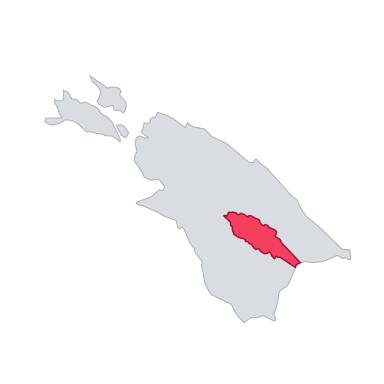 where Jõgeva sits in Estonia, rotated 40°
{"feature_id": "EST-1657", "entity_name": "Jõgeva", "entity_type": "County", "adm_level": 1, "iso_a3": "EST", "parent_name": "Estonia", "parent_adm1": "", "projection": "equal_earth", "projection_center": [26.423, 58.721], "detail": "fine", "context": "in_parent", "style": "filled", "palette": "rose", "viewbox_px": 384, "rotation_deg": 40, "n_neighbors": 0, "source": "natural_earth", "source_scale": "10m", "svg_char_len": 4307}
<svg xmlns="http://www.w3.org/2000/svg" viewBox="0 0 384 384"><g transform="rotate(40 192 192)"><path d="M316.1,258.4L314.8,258.5L307.4,257.7L299.2,255.1L295.7,253.2L292.2,253.2L288.0,254.5L272.8,258.2L269.1,257.3L260.4,253.7L256.0,249.7L246.3,241.9L245.5,240.0L244.2,238.5L233.8,236.6L230.0,233.7L226.8,233.3L222.1,231.8L210.0,225.7L207.0,225.1L206.3,226.2L206.5,227.6L205.7,228.4L204.1,228.4L201.3,226.2L198.0,224.2L187.4,227.9L183.6,228.9L180.3,229.1L163.5,234.1L158.4,236.7L156.3,236.4L156.9,234.0L164.0,221.5L165.4,211.6L167.9,210.2L168.7,208.9L167.7,205.7L160.5,203.7L157.6,204.0L155.0,207.4L152.2,209.8L145.8,211.3L140.4,208.7L127.7,205.3L124.6,200.7L123.9,196.2L117.3,191.7L114.6,186.5L115.8,182.9L122.0,180.5L123.8,178.5L116.1,178.8L114.5,178.3L114.2,176.4L111.0,170.1L114.1,167.6L115.4,165.2L113.0,163.1L113.7,160.8L115.7,158.4L114.7,152.9L122.3,150.0L129.8,148.0L145.4,147.0L144.0,142.0L150.3,141.7L161.0,135.7L171.6,136.8L186.9,132.7L216.2,132.7L220.2,130.4L219.6,128.0L219.7,125.5L225.2,126.2L234.4,125.7L269.0,130.7L277.5,130.7L289.3,135.8L295.6,137.1L314.4,137.1L343.3,139.4L348.9,135.9L349.4,135.0L352.2,136.9L355.8,140.1L356.7,141.8L355.6,142.9L352.1,143.8L351.3,144.7L349.8,146.3L345.7,146.6L343.6,147.8L341.2,153.1L336.5,161.9L329.5,168.6L323.9,172.2L321.4,175.1L319.8,178.5L319.5,181.9L325.1,200.6L325.0,204.0L323.8,207.5L322.9,211.1L323.7,214.1L327.3,219.4L331.3,227.3L332.8,232.4L335.4,234.2L337.9,235.6L338.4,236.4L338.3,237.3L337.1,238.3L326.0,241.0L324.6,243.2L323.4,245.8L318.6,249.5L317.1,253.0L316.2,256.9L316.1,258.4ZM67.9,188.9L71.6,190.4L75.0,189.9L78.5,188.9L86.0,189.9L103.0,197.6L104.6,199.6L94.3,200.6L91.9,202.9L89.4,204.6L86.4,205.1L81.4,208.4L74.6,211.6L73.1,213.6L60.9,213.2L54.2,214.4L48.7,218.0L46.3,224.9L42.2,230.3L38.1,232.3L33.9,232.6L33.0,230.5L33.5,228.5L42.5,220.9L44.4,218.4L40.1,217.3L36.5,214.6L28.6,211.5L27.3,209.1L29.2,208.9L31.0,208.2L33.2,206.1L34.3,203.7L28.1,196.7L31.4,195.6L35.5,195.9L39.6,197.9L44.2,195.5L46.2,195.2L49.3,196.0L52.7,191.4L60.4,189.9L64.2,188.5L67.9,188.9ZM84.3,176.0L79.9,179.1L77.4,177.8L76.1,176.3L70.4,183.4L64.1,184.6L60.5,183.2L60.9,180.6L57.6,173.7L52.3,171.7L44.7,171.5L39.3,168.7L60.5,166.7L62.8,163.5L67.2,160.1L70.5,159.7L73.2,160.5L73.7,163.1L74.3,164.2L83.9,165.7L87.5,170.1L88.8,175.5L84.3,176.0ZM105.8,193.3L101.4,194.0L91.2,189.5L93.7,186.5L96.7,185.3L105.4,187.2L106.5,191.8L105.8,193.3Z" fill="#d9dde1" stroke="#a8b0b8" stroke-width="1"/><path d="M320.4,176.5L318.6,180.5L319.6,183.3L304.8,185.0L301.9,185.4L301.3,185.7L300.6,186.0L299.8,186.6L299.1,186.9L298.6,187.0L298.2,187.1L297.9,187.3L297.7,187.7L298.1,189.4L297.9,190.1L296.6,190.0L296.0,189.8L294.0,189.6L291.5,188.3L290.0,188.1L288.9,190.8L287.3,192.6L282.6,193.4L280.8,192.9L280.1,192.5L279.6,192.6L279.0,193.0L278.2,194.4L277.6,195.0L277.4,195.1L277.2,195.1L275.2,195.0L273.3,194.6L271.5,193.9L269.7,194.4L269.0,194.7L268.7,194.7L267.8,194.2L266.4,194.4L265.3,195.2L264.7,195.4L264.3,195.2L263.9,194.7L263.5,194.4L262.8,194.3L261.8,194.5L257.2,196.7L256.2,196.9L255.2,197.1L253.6,197.1L251.7,197.5L248.2,195.7L246.6,194.4L246.4,193.9L246.0,193.3L245.5,192.9L243.9,192.9L243.2,192.8L242.6,192.3L242.3,191.9L242.0,191.5L241.9,191.1L241.1,190.7L240.5,190.4L235.9,190.0L235.0,190.1L233.9,190.0L232.3,190.0L231.8,189.8L231.7,189.4L232.2,188.9L232.7,188.6L233.7,188.3L234.0,188.0L234.1,187.5L233.7,186.6L233.7,185.0L233.2,184.6L233.6,183.6L235.1,182.6L235.5,182.1L235.9,181.3L236.3,181.0L236.9,180.7L237.4,180.6L239.0,179.7L240.1,179.6L241.1,180.1L242.6,179.3L242.7,178.9L242.9,178.3L242.9,177.7L243.1,177.0L243.7,176.6L245.0,176.4L245.4,176.1L246.0,175.8L246.5,175.7L247.6,175.6L250.9,175.4L251.1,174.9L250.7,174.1L250.8,173.8L251.0,173.4L251.3,173.1L251.6,172.9L252.9,172.2L257.2,171.5L260.3,170.4L261.3,170.2L262.1,170.4L263.5,171.6L266.3,172.3L268.5,171.7L268.7,171.4L268.7,171.1L268.8,170.1L271.3,169.0L272.4,169.0L273.0,169.3L274.1,169.4L274.9,169.3L277.0,168.6L279.7,167.9L280.2,167.8L281.6,167.9L282.9,168.8L282.9,169.0L283.0,169.3L283.1,169.6L283.4,169.9L283.6,171.2L283.8,172.2L284.1,172.5L284.6,172.6L284.9,172.4L285.4,172.4L286.5,172.4L287.9,172.0L288.6,171.9L289.1,171.8L290.4,172.0L291.7,172.5L292.4,173.2L292.8,173.3L293.2,173.4L294.7,173.5L295.0,173.6L320.4,176.5L320.4,176.5Z" fill="#f43f5e" stroke="#9f1239" stroke-width="1.5"/></g></svg>